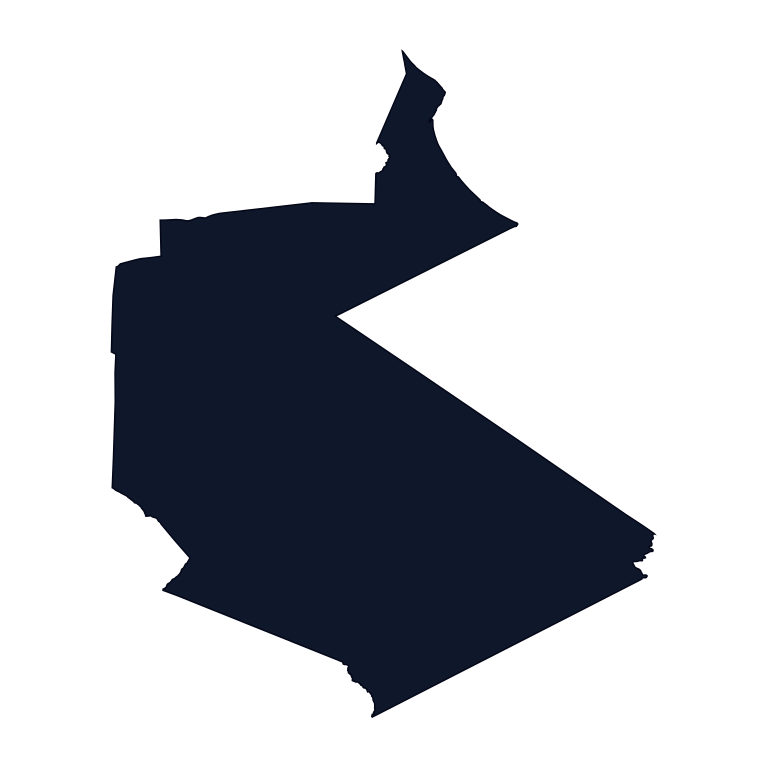 outline of Garsen, Coast, Kenya, rotated 271°
{"feature_id": "3690345B81879504162306", "entity_name": "Garsen", "entity_type": "district", "adm_level": 2, "iso_a3": "KEN", "parent_name": "Kenya", "parent_adm1": "Coast", "projection": "equal_earth", "projection_center": [39.873, -2.426], "detail": "fine", "context": "isolated", "style": "filled", "palette": "ink", "viewbox_px": 768, "rotation_deg": 271, "n_neighbors": 0, "source": "geoboundaries", "source_scale": "gbopen_adm2", "svg_char_len": 6068}
<svg xmlns="http://www.w3.org/2000/svg" viewBox="0 0 768 768"><g transform="rotate(271 384 384)"><path d="M173.8,166.7L169.3,179.7L105.3,347.6L105.0,347.9L103.8,347.9L103.5,348.1L103.2,348.3L102.9,349.4L102.8,351.1L102.7,352.0L102.3,352.6L101.2,353.6L100.3,353.6L99.8,353.1L99.5,352.9L98.9,352.8L97.8,352.9L97.0,352.7L96.4,353.0L95.8,353.6L95.4,353.5L94.8,353.8L94.5,353.6L94.2,354.2L93.2,355.2L93.1,355.7L92.7,356.4L92.3,356.4L91.7,356.2L91.5,356.4L91.2,357.0L90.6,357.1L90.3,356.9L90.0,357.2L89.5,357.5L89.2,357.8L87.5,357.4L87.2,357.4L86.9,357.6L86.4,358.7L86.3,359.6L86.1,360.1L85.7,360.3L85.6,360.8L85.5,361.3L85.6,361.9L85.4,363.6L84.6,364.3L84.1,364.6L83.8,365.2L83.3,365.9L83.0,365.9L82.4,366.2L82.1,367.1L82.1,367.6L82.0,367.9L81.6,367.9L81.1,368.3L80.5,368.3L80.3,368.7L79.8,369.1L79.7,369.4L79.7,369.9L79.8,370.3L79.8,370.8L79.1,371.2L79.0,371.6L78.7,371.8L77.7,372.4L76.9,372.5L75.8,373.2L76.2,374.0L76.1,374.6L75.5,375.0L74.9,375.9L74.5,375.8L74.2,375.8L73.8,376.5L73.3,376.9L72.2,377.3L72.0,377.1L71.7,377.1L70.7,378.1L70.1,378.4L67.8,378.6L66.1,379.4L64.9,380.1L62.6,380.4L59.9,380.3L58.4,380.6L57.0,380.4L56.7,380.2L56.4,379.8L55.2,379.3L54.4,379.8L54.1,379.8L53.9,379.5L53.7,378.5L53.6,378.1L53.3,378.0L52.5,377.9L51.6,377.5L51.3,377.6L50.8,378.1L193.4,645.1L194.3,645.5L194.6,645.9L194.8,646.7L194.9,649.0L195.1,649.5L195.4,649.8L196.2,650.3L196.8,650.4L197.0,650.2L197.3,649.9L197.5,649.5L197.6,648.5L197.4,647.0L197.5,646.6L197.8,646.0L198.6,645.5L200.6,644.3L201.7,643.9L202.7,643.0L202.9,642.7L203.5,641.7L204.4,639.4L205.1,638.3L205.6,637.9L207.1,637.1L208.3,636.3L209.2,636.0L210.0,635.9L210.4,636.0L210.6,636.2L210.8,636.5L211.0,640.2L211.9,642.8L211.9,643.3L211.7,644.7L211.8,645.2L212.2,645.5L212.5,645.6L214.1,645.3L214.3,645.6L214.4,645.9L214.5,647.6L214.6,648.0L214.8,648.4L215.5,648.3L215.7,648.0L216.4,647.1L217.0,646.6L217.5,646.6L217.8,646.9L218.6,648.3L219.3,650.0L221.1,653.0L221.2,653.5L221.3,655.4L221.6,655.7L221.9,655.9L222.3,655.9L222.6,655.9L223.1,655.5L223.6,654.9L223.9,654.4L224.6,652.2L225.0,651.9L225.4,651.9L226.0,652.2L226.3,652.4L226.7,653.9L226.9,654.3L227.5,654.6L229.2,654.6L231.2,653.8L231.9,653.7L232.6,654.1L233.6,655.3L234.4,655.9L234.8,655.9L236.1,655.5L236.9,655.4L238.0,655.5L238.5,655.7L238.7,655.8L238.9,656.1L238.7,657.1L239.2,656.6L241.6,653.1L248.2,643.1L257.7,628.0L329.0,520.7L397.3,416.5L450.9,334.1L541.5,507.0L543.7,511.6L543.8,512.8L544.0,513.5L545.8,514.8L546.4,514.9L546.7,514.7L547.4,514.0L547.6,513.6L548.0,512.1L548.3,511.3L549.7,508.3L554.9,497.9L557.6,493.4L560.5,489.0L563.3,485.0L563.8,484.6L567.4,479.7L567.7,479.0L568.0,477.5L568.4,477.2L569.7,476.8L578.2,467.5L579.8,465.8L585.7,460.3L589.2,457.2L591.4,455.5L592.2,454.8L592.5,454.3L592.9,453.1L593.4,452.5L593.7,452.4L594.3,452.7L594.8,452.6L596.2,452.0L601.6,447.5L606.7,444.1L610.3,441.9L618.9,437.1L622.5,434.9L625.5,433.4L628.0,432.4L633.4,430.5L639.3,428.9L642.7,428.4L648.6,428.2L649.2,427.9L649.5,427.6L649.4,427.2L647.0,425.4L646.7,425.0L646.7,424.5L647.0,424.2L649.4,425.8L649.7,425.7L649.9,425.5L650.0,426.1L650.2,426.4L651.8,427.4L654.8,429.7L655.6,429.8L656.2,430.3L659.0,431.6L660.9,431.8L661.8,432.7L662.5,432.9L662.7,433.1L663.3,434.1L664.0,434.6L664.8,435.7L665.7,436.2L667.3,436.6L670.6,437.8L672.3,438.0L672.9,438.5L673.3,439.0L673.7,439.3L674.1,439.3L674.8,439.7L675.6,439.7L676.2,440.1L676.4,440.2L676.8,440.1L678.7,438.4L679.6,437.4L680.6,437.1L681.8,436.0L686.4,431.8L687.4,430.7L688.7,429.3L689.6,427.7L692.2,423.0L695.3,418.1L699.1,412.9L701.2,410.3L702.9,408.9L703.7,408.0L705.3,406.3L707.2,404.5L716.9,396.9L717.2,396.5L709.8,398.0L705.6,399.0L704.0,399.2L695.3,401.0L694.9,401.1L694.2,401.0L624.9,372.5L624.4,372.5L625.4,373.6L625.5,373.9L625.6,374.3L625.4,375.4L624.6,376.7L623.4,377.6L622.8,378.2L622.5,378.2L622.2,378.4L622.3,378.9L621.4,380.0L619.6,380.2L619.3,380.4L619.4,381.9L619.1,382.1L618.9,381.9L618.0,382.1L617.1,382.3L615.1,382.9L614.2,383.8L614.0,384.3L613.7,385.3L613.4,385.6L613.1,385.5L612.8,385.2L612.4,385.2L612.0,385.0L611.5,385.1L611.2,385.9L610.8,386.0L610.1,385.7L609.2,384.8L608.0,384.1L607.4,384.1L607.2,384.4L606.5,384.3L606.1,383.9L605.7,383.1L605.3,382.1L604.1,382.5L603.2,382.6L602.0,382.3L601.2,381.1L600.8,380.2L600.5,380.2L599.8,379.9L599.0,379.2L598.7,379.1L598.4,379.2L597.6,379.0L597.4,378.7L596.9,378.3L596.3,377.1L595.0,375.2L594.8,374.8L595.0,373.6L595.0,373.1L594.2,372.2L565.0,371.9L563.9,371.4L563.9,308.3L563.5,306.1L563.1,303.0L551.8,217.4L551.5,215.7L550.6,212.2L549.8,209.3L548.2,205.3L546.8,202.7L547.2,198.6L547.3,197.1L547.3,195.9L547.0,194.8L546.7,193.8L544.3,187.8L543.8,185.9L543.7,184.8L543.7,183.6L544.5,179.5L544.6,177.4L544.8,173.3L544.0,161.5L543.9,157.4L507.9,158.9L507.5,156.8L506.2,148.1L505.0,138.2L503.9,133.8L499.6,118.6L499.2,118.0L497.0,116.0L496.4,114.3L467.7,111.6L439.3,111.1L411.3,110.9L409.1,115.4L390.8,114.9L361.6,115.6L306.3,114.8L275.5,114.1L275.1,115.0L274.5,115.9L273.2,117.5L272.0,119.9L271.6,121.0L271.1,122.0L270.4,123.0L267.6,128.7L266.8,129.6L266.0,130.3L265.3,131.6L264.0,133.1L263.4,134.1L262.9,134.6L262.3,135.6L262.0,135.9L261.0,136.5L260.7,137.5L260.6,138.7L260.4,139.2L260.2,139.4L259.9,139.4L259.6,139.7L259.1,140.8L258.0,141.7L257.1,143.0L256.5,143.4L255.9,143.5L254.7,144.7L252.4,146.4L250.4,147.2L248.8,148.0L248.2,148.0L247.8,148.0L247.7,149.0L248.0,151.9L248.2,152.2L248.4,152.3L248.6,152.6L248.4,153.1L247.9,153.5L247.0,155.1L246.7,156.1L246.5,157.2L246.2,157.6L246.1,158.5L245.8,159.1L245.3,159.6L244.8,159.7L244.2,160.2L243.2,160.7L242.3,161.8L241.7,162.7L240.9,163.2L240.2,163.5L224.1,177.4L206.7,193.1L201.5,190.2L200.5,188.7L197.2,187.1L196.7,186.7L196.1,186.2L195.8,185.8L195.6,185.4L195.3,185.1L194.2,184.6L193.4,184.6L192.9,184.3L191.1,183.4L190.1,182.7L189.7,182.3L189.3,181.7L188.9,181.6L188.4,181.1L187.2,179.4L185.8,178.0L185.1,176.3L184.9,175.9L184.5,175.5L183.6,175.1L182.0,173.8L181.5,173.3L181.1,172.4L180.3,171.2L179.5,170.6L179.1,170.5L177.8,170.2L177.1,169.7L176.3,168.9L175.6,168.0L175.1,166.7L174.9,166.7L174.1,166.8L173.8,166.7Z" fill="#0f172a" stroke="#020617" stroke-width="1.5"/></g></svg>